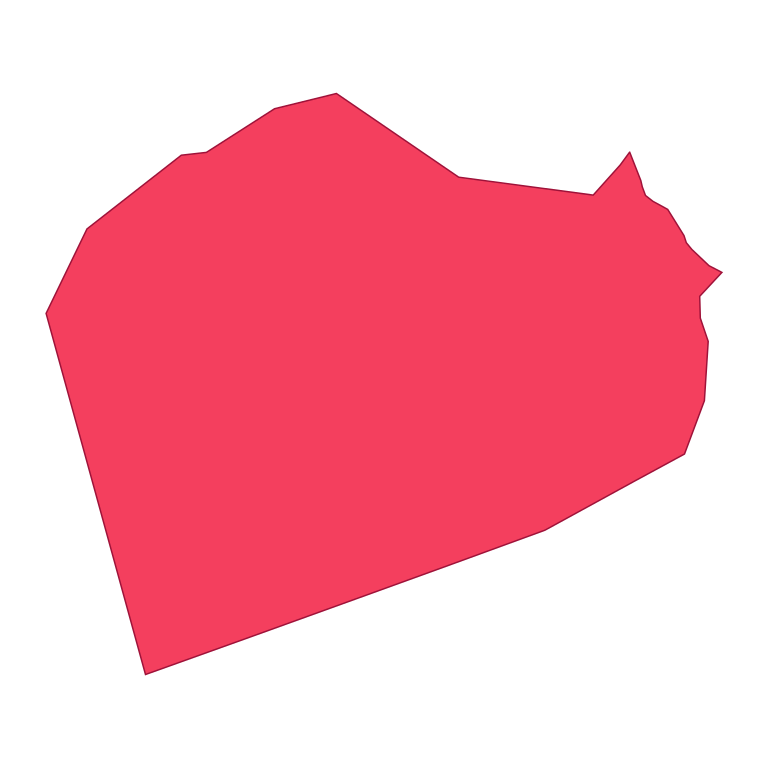 the border of Ash Sharqiyah North
{"feature_id": "OMN-5496", "entity_name": "Ash Sharqiyah North", "entity_type": "Region", "adm_level": 1, "iso_a3": "OMN", "parent_name": "Oman", "parent_adm1": "", "projection": "albers", "projection_center": [59.003, 22.366], "detail": "fine", "context": "isolated", "style": "filled", "palette": "rose", "viewbox_px": 768, "rotation_deg": 0, "n_neighbors": 0, "source": "natural_earth", "source_scale": "10m", "svg_char_len": 525}
<svg xmlns="http://www.w3.org/2000/svg" viewBox="0 0 768 768"><path d="M629.7,152.2L640.8,180.5L642.3,186.9L645.5,195.5L652.9,201.3L667.7,209.4L684.0,235.6L686.3,242.7L691.9,249.5L709.0,265.7L721.9,272.4L699.7,296.3L700.3,318.1L708.2,341.4L704.4,400.7L684.5,454.0L634.0,481.4L544.9,530.2L453.1,563.7L356.4,598.7L251.9,636.4L145.5,674.5L46.1,313.4L87.0,228.9L181.3,155.2L206.4,152.4L274.6,108.7L336.4,93.5L458.7,177.2L593.2,195.1L620.2,165.0L629.6,152.2L629.7,152.2Z" fill="#f43f5e" stroke="#9f1239" stroke-width="1.5"/></svg>